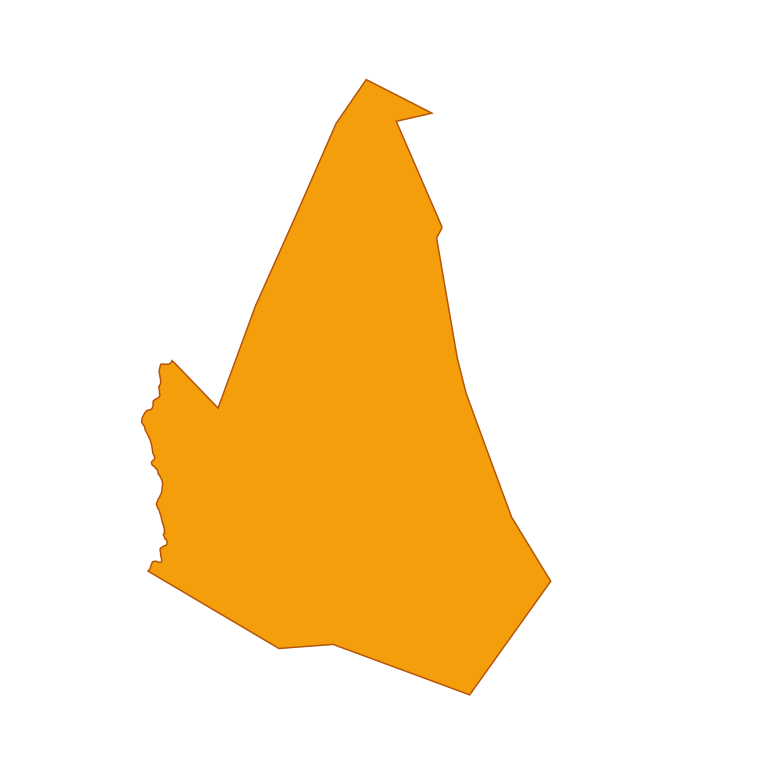 outline of San Pedro Mártir Quiechapa, Oaxaca, Mexico, rotated 18°
{"feature_id": "50627088B60700180885105", "entity_name": "San Pedro Mártir Quiechapa", "entity_type": "district", "adm_level": 2, "iso_a3": "MEX", "parent_name": "Mexico", "parent_adm1": "Oaxaca", "projection": "orthographic", "projection_center": [-96.291, 16.46], "detail": "fine", "context": "isolated", "style": "filled", "palette": "amber", "viewbox_px": 768, "rotation_deg": 18, "n_neighbors": 0, "source": "geoboundaries", "source_scale": "gbopen_adm2", "svg_char_len": 1754}
<svg xmlns="http://www.w3.org/2000/svg" viewBox="0 0 768 768"><g transform="rotate(18 384 384)"><path d="M217.4,634.9L365.8,668.0L416.0,647.4L561.5,653.2L603.5,520.1L573.3,494.2L546.4,471.1L522.1,440.2L488.4,397.4L479.1,385.5L464.8,367.2L445.8,336.9L409.7,268.4L400.7,251.3L388.9,228.8L390.9,217.9L390.4,216.5L377.0,201.3L314.5,130.4L345.8,111.6L273.0,100.0L269.7,111.2L257.9,151.1L257.9,151.4L257.9,151.5L248.5,247.4L237.6,349.7L233.6,458.2L180.1,429.6L175.1,427.3L175.1,428.2L174.4,430.4L172.8,431.8L169.6,432.9L165.8,433.9L165.5,435.4L165.7,436.1L165.7,438.3L166.2,441.4L167.3,443.5L168.2,445.5L169.4,447.4L170.2,449.2L170.8,450.4L171.4,452.7L170.6,456.3L171.9,458.4L172.7,460.4L173.5,462.5L174.4,464.0L173.8,466.7L171.1,469.3L169.9,471.1L169.9,472.5L171.1,475.8L171.0,477.7L170.9,479.0L169.5,481.1L168.1,481.4L166.6,482.6L165.4,485.4L164.5,490.7L165.4,495.4L168.4,497.8L169.7,498.8L171.0,501.4L173.9,504.3L175.9,506.1L179.4,510.2L182.3,514.7L183.1,516.4L184.1,518.2L185.2,520.6L186.1,521.9L187.9,523.7L188.8,524.7L188.8,526.6L187.1,529.6L187.2,531.0L188.8,532.9L191.4,533.6L193.8,535.3L195.2,535.7L197.2,539.5L198.6,540.2L201.2,542.7L203.1,544.9L204.5,548.0L205.2,551.9L205.8,553.8L206.0,556.2L205.6,559.2L205.5,561.0L204.9,562.8L204.7,565.9L204.6,567.9L204.9,569.1L207.6,572.3L209.4,573.8L210.3,575.3L213.2,579.3L213.9,580.6L214.4,581.7L214.8,582.2L216.8,585.2L218.6,587.6L219.5,589.0L221.2,593.0L220.6,595.5L222.3,597.2L223.6,599.0L224.9,598.9L226.4,601.2L227.0,603.1L226.7,604.5L224.3,606.4L223.4,607.8L222.1,609.2L222.4,611.6L223.4,612.8L224.6,615.9L225.6,617.8L226.9,619.8L227.2,622.2L226.1,623.0L224.3,623.1L222.4,622.9L220.0,623.7L218.9,624.6L218.4,628.0L218.6,632.0L217.4,634.9Z" fill="#f59e0b" stroke="#b45309" stroke-width="1.5"/></g></svg>